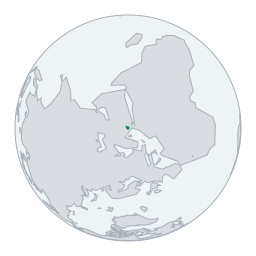 globe centered on Amman, rotated 197°
{"feature_id": "JOR-851", "entity_name": "Amman", "entity_type": "Province", "adm_level": 1, "iso_a3": "JOR", "parent_name": "Jordan", "parent_adm1": "", "projection": "orthographic", "projection_center": [36.094, 31.647], "detail": "fine", "context": "on_globe", "style": "filled", "palette": "green", "viewbox_px": 256, "rotation_deg": 197, "n_neighbors": 0, "source": "natural_earth", "source_scale": "10m", "svg_char_len": 10045}
<svg xmlns="http://www.w3.org/2000/svg" viewBox="0 0 256 256"><g transform="rotate(197 128 128)"><circle cx="128" cy="128" r="113" fill="#eef3f6" stroke="#a8b0b8"/><path d="M117.6,15.8L117.8,15.8L131.1,15.5L135.8,15.7L134.3,15.7L140.7,16.1L142.4,16.3L141.2,16.2L146.2,16.9L146.0,17.0L148.3,17.5L147.6,17.6L142.4,17.0L141.9,17.2L145.5,17.7L147.0,18.4L141.9,17.5L144.1,18.8L135.9,18.7L122.8,17.4L117.8,18.6L103.1,20.9L104.1,21.2L99.1,22.7L98.3,23.8L95.8,24.2L97.3,24.8L99.7,24.2L101.2,24.4L101.0,25.0L97.8,25.6L97.4,25.3L96.3,25.8L94.8,25.9L95.4,26.2L91.6,27.0L95.0,27.3L91.6,28.8L89.1,29.1L89.9,27.6L86.2,25.6L84.0,25.9L80.0,27.6L71.4,33.3L68.7,34.4L64.6,37.0L65.8,36.9L69.4,34.8L70.7,35.5L75.0,33.2L76.1,33.3L80.3,31.8L79.0,33.7L75.5,36.4L72.0,37.8L70.4,39.1L73.2,39.3L66.2,43.7L60.7,50.0L58.9,51.2L56.4,50.2L57.6,46.1L54.4,46.1L55.8,47.9L51.4,51.3L50.4,52.7L50.3,53.7L51.7,53.2L50.1,54.9L48.0,53.4L49.4,51.9L50.1,52.3L50.7,50.5L49.2,50.1L47.1,52.1L47.2,50.2L45.7,51.7L44.9,52.3L47.3,50.0L42.9,54.4L42.7,54.4L48.6,48.1L54.9,42.3L61.7,36.9L68.9,32.1L76.4,27.9L84.2,24.2L92.3,21.2L100.6,18.7L109.1,17.0L117.6,15.8ZM16.4,112.7L16.2,114.7L15.8,123.6L15.7,129.1L15.5,130.9L15.8,133.8L15.9,135.6L18.8,147.0L21.8,156.0L22.7,161.8L22.1,164.8L25.4,174.4L22.4,167.1L19.9,159.6L17.9,151.9L16.5,144.2L15.7,136.3L15.4,128.4L15.6,120.5L16.4,112.7ZM148.7,17.5L149.5,17.6L150.4,17.9L148.7,17.5ZM80.7,31.0L80.5,31.4L79.8,31.4L80.7,31.0ZM82.7,30.0L82.1,29.8L82.9,29.3L83.3,29.4L82.7,30.0ZM150.1,18.4L151.2,18.9L149.2,18.2L150.1,18.4ZM83.3,30.5L84.5,28.5L86.1,27.7L88.7,27.7L83.3,30.5ZM151.3,19.1L154.0,20.7L156.1,20.9L151.8,21.4L150.9,19.7L148.1,18.8L150.4,19.2L151.3,19.1ZM100.6,23.8L98.0,24.4L100.4,23.3L100.6,23.8ZM101.8,23.1L107.0,20.1L110.7,19.8L108.2,20.8L113.2,20.0L112.5,21.3L109.6,22.0L107.3,21.9L108.7,22.5L101.8,23.1ZM149.0,21.5L148.9,21.9L148.1,21.4L149.0,21.5ZM102.0,24.3L102.7,23.7L106.0,23.3L105.1,24.6L104.4,24.3L102.0,24.3ZM114.9,19.3L117.2,19.4L117.2,20.4L118.1,20.6L112.8,21.3L114.9,19.3ZM103.5,24.7L104.6,25.2L102.9,26.1L101.5,25.0L103.5,24.7ZM107.2,22.7L108.7,22.6L107.6,23.1L107.2,22.7ZM97.2,29.8L98.0,28.8L99.8,28.5L97.2,29.8ZM105.2,25.4L105.8,25.1L106.5,24.9L106.9,25.5L105.2,25.4ZM113.1,22.0L112.7,22.5L115.3,21.8L115.4,22.6L111.9,23.0L113.4,23.2L113.5,23.5L110.5,23.5L113.1,22.0ZM109.6,25.6L105.1,26.6L103.3,28.4L101.6,28.7L104.9,25.8L109.6,25.6ZM110.4,24.3L109.6,25.1L108.0,25.0L107.6,24.4L110.4,24.3ZM116.8,23.1L117.5,21.7L118.3,21.7L116.8,23.1ZM109.4,26.1L110.5,25.8L109.5,26.2L109.4,26.1ZM114.9,24.0L115.0,23.5L115.9,23.5L114.9,24.0ZM112.6,25.9L111.1,26.2L110.8,25.7L112.6,25.9ZM113.9,25.0L115.0,25.2L111.5,25.4L113.8,24.8L113.9,25.0ZM115.7,24.1L116.2,23.9L115.5,24.3L115.7,24.1ZM114.6,27.6L110.3,28.0L109.6,26.9L113.9,26.7L114.6,27.6ZM45.2,156.0L40.2,137.4L43.4,132.6L44.5,125.2L66.8,107.6L71.0,110.7L87.9,111.8L89.9,113.3L87.3,118.9L99.5,128.5L104.2,124.1L115.9,129.1L124.1,129.3L128.1,118.2L114.7,117.6L113.0,112.0L124.2,107.7L136.0,108.5L135.7,106.3L128.8,101.5L132.0,97.6L126.5,99.5L128.3,101.8L124.9,103.2L123.0,101.3L124.2,99.9L120.8,98.8L115.9,106.2L117.2,109.2L108.0,109.9L109.4,115.2L106.7,117.3L103.3,109.2L104.0,106.5L97.3,97.3L95.7,100.2L102.0,109.2L99.8,108.3L97.6,112.8L97.5,108.6L91.2,98.5L83.2,98.7L72.1,108.0L67.6,107.6L64.3,103.9L69.3,92.9L78.7,95.1L80.6,91.7L79.5,85.6L82.5,86.9L83.2,84.8L86.8,85.5L92.8,81.6L96.6,81.9L99.7,75.9L102.1,75.4L99.6,79.0L99.9,81.9L109.5,83.0L111.5,81.9L112.8,78.0L115.3,79.0L115.3,75.2L121.2,74.2L114.0,72.3L115.2,68.2L119.2,65.5L118.3,63.9L111.9,68.5L110.4,70.7L111.3,73.0L106.3,79.3L102.8,80.0L103.2,72.4L98.3,72.7L100.7,67.1L116.7,57.5L123.0,56.1L131.7,62.0L129.8,64.4L125.7,63.4L128.8,68.0L128.9,65.8L131.0,66.8L132.7,63.5L134.2,64.1L133.3,60.2L135.4,60.5L135.9,63.0L140.3,58.9L144.9,58.9L145.1,57.8L144.1,56.5L150.5,57.6L150.4,56.8L148.3,56.0L146.6,53.9L146.3,50.6L148.6,51.2L149.0,52.4L153.3,56.1L154.1,59.6L155.0,59.5L154.8,56.6L149.6,52.1L148.7,50.0L151.5,51.8L150.4,51.0L150.7,50.2L153.1,49.9L150.2,47.9L150.3,39.0L154.9,38.0L157.4,40.4L159.9,35.8L164.9,35.7L162.9,34.9L162.7,32.6L161.1,32.6L160.2,32.0L159.0,26.9L160.5,26.4L157.7,23.9L156.7,23.6L155.4,23.8L151.8,21.4L156.1,20.9L158.2,21.6L159.4,21.1L164.1,22.9L168.5,24.4L172.9,27.0L176.0,28.2L176.1,27.9L180.4,29.6L188.9,34.5L181.6,31.7L168.7,26.0L173.9,28.2L172.6,28.2L174.3,29.4L178.0,31.1L178.6,31.0L183.7,37.3L192.2,44.4L192.0,42.0L194.5,42.7L204.1,50.1L214.6,65.5L218.1,67.8L220.1,70.4L220.9,73.5L218.1,69.8L216.6,69.9L214.8,67.6L215.3,71.8L212.8,68.6L214.4,73.8L216.7,75.6L217.2,72.7L219.7,79.0L223.6,81.3L227.0,86.7L230.2,100.5L229.2,107.5L229.7,109.6L227.8,109.1L227.5,114.8L232.9,122.3L233.6,125.4L232.0,134.5L231.6,132.4L226.5,131.0L227.2,139.0L231.1,141.9L232.5,147.8L230.2,148.1L228.6,143.0L226.8,142.3L226.1,135.6L222.3,127.4L219.9,131.5L219.0,127.6L213.4,121.9L209.3,127.6L203.6,142.5L204.6,152.7L201.8,158.6L193.8,146.7L190.5,137.3L187.4,139.4L179.3,132.9L164.9,136.0L162.9,133.5L160.2,135.4L154.5,133.5L151.6,129.4L148.1,130.2L155.8,140.9L159.6,140.1L163.0,135.0L164.4,139.0L169.9,141.7L163.3,152.9L142.1,164.2L140.3,156.5L125.5,135.0L126.1,132.5L126.0,132.2L125.8,131.7L124.2,135.8L121.7,131.4L129.4,146.9L130.6,153.4L141.8,164.7L140.7,166.0L144.4,168.1L156.5,163.9L156.6,166.4L150.7,178.7L134.1,194.6L136.5,203.8L135.5,211.2L125.6,216.1L126.9,221.1L121.8,222.8L121.7,225.4L117.9,227.9L111.3,229.8L99.6,228.4L98.6,226.2L92.3,220.8L83.3,207.0L85.9,201.4L84.7,196.1L76.4,182.4L78.2,175.8L76.0,172.2L71.5,171.8L69.1,167.5L66.4,166.6L49.9,163.1L45.2,156.0ZM58.5,118.5L57.8,120.6L57.7,120.7L58.5,118.5ZM148.2,115.1L155.5,114.8L152.6,108.0L155.2,107.4L153.3,105.5L152.4,107.5L147.8,102.1L151.1,99.7L150.5,96.7L148.0,96.7L142.7,102.0L149.2,109.7L147.4,112.8L148.2,115.1ZM51.5,51.3L51.7,51.5L51.2,52.8L50.7,52.7L51.5,51.3ZM53.4,56.2L50.7,58.9L52.3,56.8L51.0,56.9L52.8,53.0L58.1,51.6L55.4,52.8L53.4,56.2ZM56.7,47.8L55.0,50.2L56.6,47.7L56.7,47.8ZM83.5,73.8L84.5,75.4L82.7,77.5L77.9,78.0L80.4,74.8L83.5,73.8ZM86.3,77.4L88.0,70.3L91.0,70.0L89.0,71.3L90.9,71.8L88.2,74.2L89.5,81.2L88.0,83.6L79.8,82.6L83.3,81.5L82.2,79.8L86.3,77.4ZM86.8,55.1L87.6,52.7L93.2,55.1L91.9,57.1L87.0,57.4L85.7,55.3L86.8,55.1ZM87.7,31.2L87.7,30.7L88.6,30.4L89.4,30.7L87.7,31.2ZM97.5,29.3L89.0,33.6L88.5,33.1L84.2,36.6L81.1,36.8L84.0,34.4L78.4,37.3L79.8,35.3L76.2,37.5L83.0,32.3L84.0,30.8L84.0,32.4L86.8,32.2L88.3,31.7L93.4,29.3L97.0,26.4L100.3,26.0L101.7,26.6L101.3,27.2L99.3,27.2L100.3,28.1L97.0,28.6L97.5,29.3ZM116.0,37.0L113.8,36.0L115.3,39.2L112.0,39.1L112.4,39.5L109.8,40.4L107.3,42.3L106.0,42.0L105.6,42.9L103.9,43.6L102.9,44.8L100.1,44.7L98.6,46.2L98.1,45.4L96.4,47.9L96.4,46.0L94.2,47.0L95.4,48.3L82.6,46.7L77.3,48.0L72.8,50.3L73.4,47.1L78.0,43.1L84.3,39.6L89.4,39.0L88.8,37.8L91.0,37.3L90.6,38.4L92.6,36.4L94.3,36.3L99.9,34.0L101.7,31.3L103.8,30.6L104.0,31.6L106.0,30.1L107.7,31.5L109.3,31.1L112.5,32.1L111.9,34.5L113.7,33.8L116.2,34.8L116.0,37.0ZM115.4,28.0L115.4,30.5L113.7,31.9L108.8,29.5L107.2,29.7L103.9,28.6L106.6,26.7L107.2,27.2L108.5,27.2L107.2,27.8L109.2,27.4L110.2,28.1L112.0,28.0L111.5,28.8L115.4,28.0ZM92.6,111.4L94.3,112.0L96.9,112.1L95.6,115.1L92.6,111.4ZM88.1,104.6L89.7,104.5L89.1,108.5L87.5,108.0L88.1,104.6ZM91.0,101.2L89.8,104.2L89.4,102.3L91.0,101.2ZM101.0,78.8L102.7,78.6L102.7,79.5L101.6,80.8L101.0,78.8ZM119.6,47.4L118.6,46.4L119.3,46.0L119.2,43.2L121.6,43.2L122.6,44.8L119.6,47.4ZM125.6,120.1L123.0,122.2L121.8,121.1L123.0,120.6L125.6,120.1ZM108.4,118.9L112.1,120.7L108.0,119.7L108.4,118.9ZM122.2,46.9L122.0,45.7L123.3,46.4L122.2,46.9ZM123.4,43.1L125.1,43.6L121.9,42.9L123.4,43.1ZM168.4,232.8L168.9,232.8L167.2,233.3L168.4,232.8ZM155.0,208.4L147.5,221.0L142.1,221.6L141.0,218.4L143.7,210.9L149.9,208.2L153.0,204.3L155.0,208.4ZM238.3,150.8L238.2,151.2L238.4,150.5L238.3,150.8ZM238.0,151.3L238.5,149.6L237.8,152.5L238.0,151.3ZM238.8,148.2L238.7,149.0L238.9,148.0L238.8,148.2ZM237.6,152.5L234.3,158.9L232.6,160.2L233.3,158.0L235.9,154.3L237.6,152.5ZM233.1,158.2L230.2,157.3L224.3,149.0L226.5,147.4L232.2,150.2L231.9,152.0L233.7,153.3L233.1,158.2ZM239.0,140.3L238.7,144.9L237.1,148.1L236.2,149.0L235.6,144.7L236.0,141.3L236.8,140.1L238.5,125.6L239.3,126.0L239.1,131.6L239.8,133.8L239.0,140.3ZM205.2,153.5L207.9,158.3L206.2,160.1L205.2,153.5ZM238.0,116.9L238.1,123.1L237.7,115.7L238.0,116.9ZM237.2,110.7L237.7,112.6L237.0,111.4L237.2,110.7ZM230.7,112.5L229.9,114.4L229.4,112.9L230.0,109.7L230.7,112.5ZM229.5,91.3L231.5,95.5L232.0,97.2L230.7,95.3L229.5,91.3ZM142.2,46.8L139.6,50.5L139.3,53.5L141.6,55.6L137.2,54.4L137.7,49.7L142.2,46.8ZM149.1,39.8L147.0,38.2L148.6,38.1L149.3,38.4L149.1,39.8ZM147.3,39.4L143.5,39.1L142.8,37.7L146.0,38.2L147.3,39.4ZM132.8,42.6L131.9,43.6L130.8,43.0L132.8,42.6ZM239.9,141.0L240.1,137.7L239.6,143.0L239.4,143.9L239.6,140.2L240.0,134.2L240.1,131.2L240.6,126.5L240.0,133.7L240.2,135.7L240.5,131.9L240.2,135.9L240.1,138.8L240.0,140.1L239.9,141.0ZM240.1,119.4L239.5,117.5L239.5,120.3L239.0,112.4L239.8,115.5L240.1,119.4ZM238.8,113.0L238.8,115.6L238.4,111.4L238.8,113.0ZM238.5,114.8L237.9,112.5L238.2,111.7L238.5,114.8ZM238.9,112.4L237.9,108.1L238.6,109.9L238.9,112.4ZM236.4,107.5L237.9,109.2L236.9,110.5L234.3,102.8L234.6,101.4L236.4,107.5ZM222.1,70.2L220.7,68.5L220.2,66.9L221.3,68.5L222.1,70.2ZM217.3,61.0L219.6,66.0L221.2,70.4L221.8,70.5L224.2,74.5L222.0,72.5L219.2,66.9L218.4,64.3L216.1,61.2L214.1,58.0L211.1,54.9L209.5,52.9L212.0,55.0L217.3,61.0ZM209.8,53.8L203.9,48.2L204.0,47.0L205.3,48.0L208.0,50.9L207.8,51.4L209.8,53.8ZM202.5,46.6L202.2,47.1L192.8,41.6L190.9,40.3L198.1,43.3L198.2,44.0L200.5,45.7L202.5,46.6ZM150.1,22.1L149.0,21.9L149.8,21.7L150.1,22.1ZM159.3,32.1L158.1,31.4L159.0,31.1L159.3,32.1ZM155.3,29.3L155.1,30.1L154.4,29.0L155.3,29.3ZM154.8,32.1L154.6,30.3L156.1,32.4L154.8,32.1Z" fill="#d9dde1" stroke="#a8b0b8" stroke-width="1"/><path d="M129.5,128.3L129.7,128.5L129.9,128.8L128.1,128.8L127.6,128.8L127.6,128.7L127.6,128.4L127.6,128.2L127.5,127.9L127.6,127.7L127.4,127.7L127.5,127.4L127.7,127.2L127.8,127.3L128.0,127.4L128.3,127.3L128.5,127.3L128.7,127.5L128.8,127.8L129.0,127.8L129.5,128.3L129.5,128.3Z" fill="#22c55e" stroke="#15803d" stroke-width="1.5"/></g></svg>